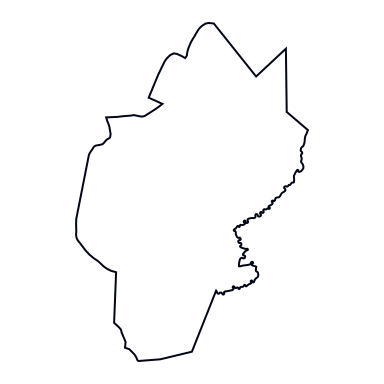 Fraternidad, Ocotepeque, Honduras (Robinson projection)
{"feature_id": "27666195B9362157023488", "entity_name": "Fraternidad", "entity_type": "district", "adm_level": 2, "iso_a3": "HND", "parent_name": "Honduras", "parent_adm1": "Ocotepeque", "projection": "robinson", "projection_center": [-89.047, 14.583], "detail": "fine", "context": "isolated", "style": "outline", "palette": "ink", "viewbox_px": 384, "rotation_deg": 0, "n_neighbors": 0, "source": "geoboundaries", "source_scale": "gbopen_adm2", "svg_char_len": 6074}
<svg xmlns="http://www.w3.org/2000/svg" viewBox="0 0 384 384"><path d="M121.5,332.2L125.6,342.0L125.0,347.7L129.3,349.2L132.0,351.9L134.3,354.3L135.9,356.6L137.7,360.6L138.6,361.0L160.3,359.3L191.9,351.7L216.1,290.7L216.7,291.5L217.3,293.0L217.9,293.6L218.3,293.7L218.8,293.6L219.2,293.4L219.9,292.7L220.4,292.5L220.9,292.5L221.5,292.7L221.8,293.0L222.1,293.4L222.4,294.0L222.7,294.3L223.0,294.5L223.4,294.5L223.8,294.2L224.1,293.9L224.2,293.4L224.1,292.7L224.1,292.3L224.3,291.9L224.6,291.6L229.7,290.7L231.8,290.2L233.1,289.7L233.4,289.3L233.5,288.7L233.3,288.3L232.8,287.7L232.7,287.2L232.9,286.6L233.3,286.3L233.7,286.3L234.2,286.5L234.4,286.8L234.8,287.6L235.5,288.0L236.2,288.0L237.2,287.5L237.8,287.6L238.2,287.9L238.6,288.8L239.1,289.1L239.4,289.0L239.7,288.7L240.0,287.7L240.4,287.2L241.2,286.9L242.4,286.9L243.2,286.6L243.6,286.2L244.1,285.2L244.5,284.9L244.9,284.9L245.2,285.1L245.4,285.4L245.5,285.9L245.7,286.2L246.1,286.3L246.5,286.2L247.0,285.8L247.8,285.1L248.5,284.5L249.4,284.1L250.5,283.7L251.1,283.3L251.2,282.9L251.2,282.6L250.8,281.9L250.7,281.4L250.8,280.9L251.2,280.6L251.6,280.5L252.1,280.7L252.3,281.1L252.5,281.8L252.8,282.2L253.2,282.3L253.7,282.2L254.2,281.5L254.7,280.0L255.2,279.2L255.9,278.4L257.2,277.5L257.8,276.8L258.1,276.1L258.3,275.3L258.2,274.2L258.0,273.0L257.8,272.5L257.4,272.0L256.1,271.2L255.8,270.5L256.2,266.7L254.4,266.0L252.6,265.6L252.1,265.3L251.9,264.7L252.0,264.2L252.2,263.8L252.8,263.4L253.1,262.9L253.0,262.4L252.6,261.9L252.1,261.8L251.4,262.1L251.0,262.7L250.8,263.5L250.5,263.9L250.2,264.2L249.7,264.5L247.4,265.0L242.7,265.6L240.1,266.3L239.2,266.3L239.0,266.2L239.0,264.6L239.2,262.2L239.6,260.6L240.2,259.0L240.7,258.3L241.5,257.9L242.2,257.9L243.3,258.3L243.7,258.4L244.3,258.2L244.8,257.8L245.0,257.4L245.1,257.0L245.2,256.5L245.0,256.1L244.8,255.7L244.4,255.5L243.6,255.4L243.2,255.2L243.0,254.7L243.0,254.1L243.7,253.1L245.1,251.5L246.2,250.6L247.7,250.0L247.8,249.8L247.9,249.4L247.7,249.1L247.4,248.8L246.0,248.9L245.2,248.8L242.7,248.1L241.2,247.5L240.3,246.9L240.1,246.4L240.2,246.0L240.4,245.8L241.0,245.4L241.4,244.8L241.4,244.4L241.3,243.8L241.1,243.4L240.6,243.0L240.1,242.9L239.4,243.0L238.9,242.8L238.4,242.2L238.3,241.5L238.4,240.8L238.8,240.4L239.3,240.1L240.1,240.0L240.5,239.7L240.7,239.2L240.6,238.6L240.3,238.1L239.9,237.8L239.4,237.7L238.6,237.9L238.1,237.8L237.6,237.5L237.2,237.1L236.5,235.9L236.0,234.7L235.8,233.7L235.8,232.3L235.6,231.6L235.4,231.3L235.1,231.0L234.3,230.9L234.0,230.7L233.8,230.3L233.8,229.9L234.3,229.3L235.3,228.7L235.9,228.2L236.5,227.4L237.0,226.6L237.6,226.0L237.8,226.0L238.1,226.0L238.7,226.8L239.3,226.9L239.6,226.7L239.8,226.4L240.0,225.4L240.1,225.1L240.4,224.9L241.0,224.8L242.0,225.0L242.7,225.0L243.8,224.7L244.6,224.2L244.9,223.7L244.8,223.2L244.6,222.8L243.9,222.3L243.7,221.8L243.8,221.2L244.2,220.7L244.8,220.6L245.3,220.9L245.5,221.3L245.7,222.3L246.2,222.8L246.7,223.0L247.4,222.9L247.8,222.6L248.0,222.0L248.0,221.4L247.6,220.6L247.5,220.1L247.7,219.4L248.1,219.0L249.3,218.5L251.0,218.1L252.0,218.0L253.8,218.1L254.8,217.8L255.2,217.4L255.5,216.8L255.5,216.3L255.3,215.5L255.4,214.9L255.7,214.3L256.2,214.1L256.9,214.2L257.4,214.5L257.6,214.9L257.9,215.9L258.4,216.4L259.2,216.6L260.1,216.4L260.7,215.9L261.0,215.1L260.8,214.5L260.3,213.9L260.1,213.5L260.1,213.1L260.2,212.6L260.6,212.2L261.1,212.0L261.6,212.2L262.1,212.7L262.5,212.8L262.9,212.9L263.3,212.6L263.6,212.2L263.7,211.7L263.6,211.3L263.3,210.7L263.3,210.2L263.4,209.8L263.7,209.5L264.1,209.3L264.6,209.2L265.5,209.5L266.0,209.4L266.5,209.2L267.2,208.7L267.7,208.5L268.1,208.6L268.9,208.9L269.2,208.9L269.6,208.7L269.8,208.3L269.8,207.9L269.5,207.5L269.0,207.4L268.7,207.2L268.5,206.8L268.6,206.4L268.9,206.0L270.2,205.4L271.1,204.9L271.9,204.3L272.5,203.7L272.6,203.3L272.6,202.8L272.4,202.5L272.0,202.1L271.8,201.7L271.8,201.2L272.0,200.9L272.3,200.7L272.6,200.6L273.0,200.6L273.4,200.9L273.8,201.0L274.2,201.0L274.5,200.8L275.0,200.2L275.3,198.7L275.8,198.0L276.7,197.5L277.3,197.4L278.4,197.4L279.3,197.0L280.1,196.1L281.0,194.3L281.8,193.2L282.7,192.5L284.3,191.6L285.2,190.7L285.4,190.1L285.3,189.5L285.1,189.0L284.4,188.4L284.2,187.9L284.2,187.2L284.5,186.7L284.9,186.4L285.4,186.3L285.9,186.3L286.8,186.6L287.6,186.4L288.1,186.0L288.6,185.2L288.8,185.0L289.1,184.9L289.8,185.1L290.2,184.8L290.5,184.5L291.0,183.6L291.7,182.9L292.4,182.6L293.5,182.5L293.8,182.3L294.0,181.8L294.1,180.7L294.1,178.8L293.9,176.6L294.0,175.6L295.5,172.6L296.8,170.5L297.4,169.9L297.8,169.9L298.2,170.2L298.2,171.2L298.5,171.7L298.9,171.8L299.3,171.9L300.1,171.7L301.2,171.1L302.1,170.1L303.2,168.5L303.4,167.6L303.4,166.3L302.9,164.7L302.4,163.6L301.4,162.6L301.1,161.7L301.1,161.0L301.6,159.7L301.7,158.7L301.5,157.6L301.0,156.1L301.0,155.2L301.2,154.5L302.1,153.6L302.2,152.9L302.2,152.5L302.0,152.1L301.2,151.4L300.8,150.9L300.7,150.4L300.8,149.5L301.0,148.5L301.4,147.7L302.0,147.0L303.1,146.2L303.4,145.7L303.8,144.8L304.3,143.2L304.6,141.7L304.9,138.2L305.2,136.6L305.7,135.3L306.5,133.8L307.9,130.1L286.7,111.9L285.9,48.7L256.1,76.5L213.9,23.6L211.3,23.2L208.6,23.0L205.5,23.6L202.1,25.8L199.7,28.0L198.3,29.8L196.6,32.5L194.8,35.8L192.9,38.8L191.2,41.7L190.1,44.1L188.3,48.5L187.5,51.2L187.0,54.0L186.8,55.6L186.0,57.0L185.1,58.1L182.7,56.6L180.0,55.3L176.9,53.9L173.7,53.4L170.0,55.2L167.3,57.9L166.1,59.4L164.5,61.7L158.3,74.5L148.7,97.7L162.4,103.9L159.0,106.6L154.4,109.8L144.5,116.1L142.0,116.6L139.7,116.3L134.0,115.1L129.8,115.7L123.0,116.2L117.4,116.9L106.2,117.4L107.3,121.2L108.4,123.7L109.3,126.4L110.6,134.0L110.2,136.8L110.0,137.5L109.6,137.9L107.0,139.5L106.3,140.0L103.9,142.9L102.7,144.0L101.9,144.4L101.1,144.6L95.8,145.6L95.0,146.0L94.3,146.4L93.4,147.5L92.3,149.4L91.0,151.1L89.7,153.2L88.9,155.0L76.3,218.7L76.1,223.3L76.3,231.8L76.1,233.4L76.1,235.0L76.3,236.6L76.7,238.1L77.3,239.5L78.1,240.8L80.3,243.5L85.6,250.5L89.2,254.4L93.7,258.2L96.0,259.7L98.3,261.4L100.0,262.9L103.3,266.1L106.1,268.2L108.2,269.4L110.6,270.6L112.6,271.3L115.2,271.9L116.1,272.3L114.1,322.8L119.2,327.5L120.7,329.3L121.4,330.9L121.5,332.2Z" fill="none" stroke="#020617" stroke-width="2"/></svg>